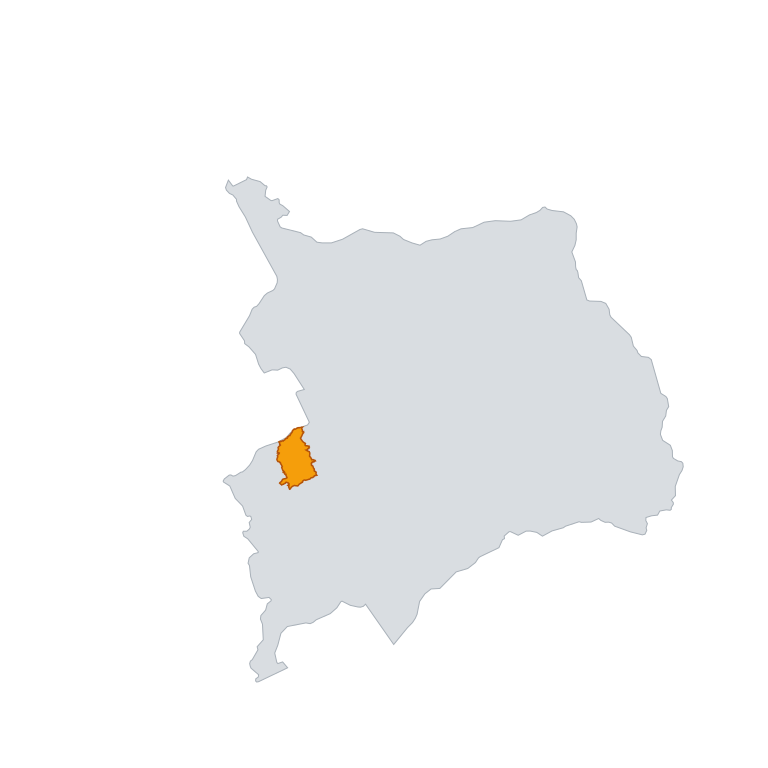 Kapanga, Katanga, Democratic Republic of the Congo shown in context, rotated 63°
{"feature_id": "63176286B41140464701712", "entity_name": "Kapanga", "entity_type": "district", "adm_level": 2, "iso_a3": "COD", "parent_name": "Democratic Republic of the Congo", "parent_adm1": "Katanga", "projection": "orthographic", "projection_center": [22.662, -8.489], "detail": "fine", "context": "in_parent", "style": "filled", "palette": "amber", "viewbox_px": 768, "rotation_deg": 63, "n_neighbors": 0, "source": "geoboundaries", "source_scale": "gbopen_adm2", "svg_char_len": 9040}
<svg xmlns="http://www.w3.org/2000/svg" viewBox="0 0 768 768"><g transform="rotate(63 384 384)"><path d="M620.5,493.6L571.8,500.4L572.7,503.3L572.2,506.2L570.9,508.4L565.9,514.5L558.4,520.0L558.4,521.3L562.0,527.6L564.2,536.2L563.3,551.3L564.2,555.4L564.0,558.6L561.4,562.1L556.2,580.2L559.3,589.0L568.6,597.3L574.1,603.5L583.4,605.9L584.9,605.5L585.6,600.5L593.1,598.7L592.3,631.0L591.7,632.8L590.3,633.2L588.5,632.1L588.0,629.0L586.1,627.7L576.9,631.5L574.6,631.3L572.1,630.6L570.3,628.9L569.8,626.5L563.6,617.0L560.5,616.3L557.1,607.7L542.8,601.3L537.3,600.8L534.4,598.8L531.7,592.1L526.9,587.8L525.9,583.0L525.0,582.3L522.0,583.3L519.4,590.8L516.1,592.5L510.1,592.6L495.3,590.3L484.7,586.3L482.0,586.5L477.7,583.0L476.1,577.2L477.1,572.7L476.3,572.1L460.0,575.7L456.1,578.0L452.4,577.4L451.3,576.2L452.9,573.1L452.1,569.8L450.9,568.2L446.2,567.0L444.6,563.4L441.7,562.8L440.7,563.4L440.0,565.8L438.2,566.6L428.5,565.4L418.4,568.5L404.9,567.7L398.5,571.5L397.5,571.4L396.1,569.4L394.9,563.3L395.5,561.7L397.5,560.4L398.2,558.0L397.6,551.6L398.1,550.1L397.4,546.4L395.3,540.6L392.5,535.9L386.4,528.7L385.2,525.4L385.6,517.4L387.6,504.7L387.3,495.3L384.8,489.2L384.2,482.6L385.8,470.7L384.2,467.9L353.2,467.0L351.9,466.2L351.3,464.5L352.7,457.5L333.8,459.4L328.1,460.8L324.6,463.7L323.5,467.3L323.4,472.4L320.6,477.3L319.8,485.7L314.6,486.6L309.4,486.7L299.3,485.0L289.5,487.5L284.8,489.8L282.2,488.7L273.5,489.7L272.3,489.1L262.1,472.8L257.5,467.5L256.6,464.8L257.0,462.3L255.7,458.9L250.9,450.5L250.0,446.6L250.2,440.5L249.6,438.4L245.3,433.2L242.5,431.5L239.4,430.6L189.0,432.3L172.3,431.7L160.2,432.7L154.1,432.4L152.4,431.6L146.9,432.9L144.0,435.2L139.7,436.4L137.0,436.0L131.7,430.1L138.8,428.9L139.3,428.2L139.5,413.7L137.6,411.6L141.4,409.1L147.4,402.5L153.3,400.0L154.1,398.7L155.4,398.7L157.6,401.4L162.8,404.8L169.1,401.5L169.8,400.6L170.6,394.4L172.2,393.8L174.9,395.1L176.5,395.1L179.2,393.2L187.4,389.9L189.8,393.8L187.7,397.5L188.7,400.0L188.9,404.0L190.3,404.9L196.8,405.2L198.6,404.2L211.3,389.6L214.7,387.9L220.1,382.1L227.2,379.4L230.3,374.9L234.4,366.8L236.2,355.2L235.4,335.3L236.0,332.6L244.6,323.5L253.6,307.1L259.6,302.7L264.1,301.0L271.1,294.9L276.7,288.9L276.0,281.7L277.3,275.8L280.3,268.2L281.3,260.1L280.3,251.7L280.7,244.9L284.9,233.9L285.3,221.3L289.0,210.7L296.5,197.3L300.0,187.3L299.4,177.6L300.4,170.4L300.1,166.2L298.7,162.5L299.4,160.2L302.2,159.2L305.7,155.5L312.1,145.9L318.9,141.2L323.6,139.7L328.5,139.8L331.7,140.6L336.9,144.3L342.8,147.3L347.2,151.0L351.6,156.7L362.2,158.0L366.7,160.1L369.4,160.8L370.5,160.3L372.6,160.6L377.6,162.3L381.6,161.3L401.2,165.1L403.4,163.2L408.9,153.2L412.9,149.8L419.6,149.5L424.8,151.4L427.6,151.4L451.6,142.9L454.7,142.5L463.4,144.6L469.1,143.3L471.4,143.7L476.3,142.2L480.3,136.3L483.6,134.8L518.0,141.6L523.2,138.5L525.7,138.2L533.4,140.6L535.7,144.3L540.4,147.5L543.7,152.8L548.8,155.8L551.4,158.6L554.4,160.6L560.7,161.3L568.6,156.7L574.2,157.3L579.8,160.0L581.7,159.9L585.9,157.2L588.2,154.3L590.3,153.7L593.6,155.0L596.4,157.8L598.8,161.9L607.5,171.0L615.8,175.0L617.9,180.6L620.9,180.1L622.4,180.7L624.6,184.2L626.1,184.9L626.4,186.4L624.3,189.6L622.4,195.9L625.0,199.8L622.9,205.4L621.9,211.2L624.5,212.7L628.0,212.7L631.2,215.8L633.7,216.3L636.3,219.6L635.7,222.3L627.6,231.6L615.4,243.0L611.2,244.3L609.1,246.5L607.6,249.8L604.0,252.7L601.3,253.8L601.0,262.2L596.9,270.9L595.3,272.7L593.1,286.9L593.5,289.4L591.2,301.0L591.5,311.9L585.6,315.2L581.4,320.5L579.6,324.2L579.7,333.1L572.9,338.4L572.4,339.6L574.0,345.9L576.5,346.9L576.5,349.1L582.0,355.9L581.5,376.6L581.8,378.7L584.6,383.6L586.4,393.1L584.2,405.0L591.5,427.1L588.0,435.1L589.5,442.8L593.9,451.0L604.2,459.1L606.9,462.4L609.5,466.9L611.8,473.8L620.5,493.6Z" fill="#d9dde1" stroke="#a8b0b8" stroke-width="1"/><path d="M434.7,485.3L433.6,485.4L433.1,485.3L432.1,484.8L432.0,484.7L431.9,484.5L431.7,484.5L431.3,484.7L430.8,484.8L430.4,485.3L430.2,485.5L429.9,485.5L429.6,485.6L429.4,485.4L429.2,485.3L429.1,485.2L428.6,485.1L428.4,484.8L428.2,484.7L427.1,484.9L427.0,485.0L426.8,485.0L426.5,484.9L426.4,484.9L425.0,484.7L424.6,484.7L424.2,485.1L423.9,485.4L423.5,485.5L423.2,485.4L422.7,485.1L422.5,484.9L422.4,484.9L422.1,485.0L421.9,484.9L421.7,484.8L421.7,484.6L421.8,484.5L421.2,484.1L421.1,483.8L421.2,483.7L421.0,482.8L421.2,482.7L421.1,482.4L421.4,482.2L421.5,482.0L421.3,481.9L421.4,481.7L421.4,481.2L421.2,481.1L421.1,480.8L421.1,480.7L421.3,480.4L421.4,480.0L421.0,480.0L420.9,480.1L420.6,480.2L419.7,481.2L419.2,481.5L418.9,482.2L418.8,482.5L418.7,482.8L418.3,482.8L417.7,482.6L417.0,482.7L416.5,482.7L416.1,482.6L415.5,482.8L414.9,483.2L414.3,483.0L413.6,482.5L412.1,481.6L411.6,481.4L411.2,481.4L410.8,481.4L410.6,481.4L410.3,481.3L409.7,481.8L409.1,482.4L408.2,483.0L407.5,483.4L407.6,483.0L407.7,482.6L407.9,482.4L407.9,482.2L407.6,481.8L407.4,481.6L407.2,481.6L407.1,481.3L407.1,481.1L407.1,480.9L407.1,480.7L407.0,480.4L407.3,480.2L407.1,479.9L406.9,479.8L406.7,479.6L406.3,479.3L406.2,479.3L406.2,479.1L405.9,479.1L406.0,479.2L406.1,479.3L405.9,479.4L405.7,479.6L405.4,479.7L405.1,479.7L404.8,479.8L404.7,479.9L404.5,480.1L404.4,480.3L403.9,480.9L403.8,481.4L403.2,482.0L402.9,482.1L402.5,482.0L401.9,481.6L401.5,481.4L401.3,481.0L401.2,481.0L400.9,481.3L400.5,481.5L399.3,482.2L398.8,482.4L397.7,482.7L396.7,482.8L395.5,483.0L395.0,483.0L394.4,483.0L394.4,482.7L394.1,482.5L393.8,482.2L393.7,481.9L393.5,481.6L392.5,480.3L392.3,480.1L392.1,479.9L391.8,479.4L391.6,479.3L391.4,479.1L391.2,478.8L391.1,478.1L390.9,477.7L390.7,477.5L390.3,477.5L390.1,477.4L390.1,477.6L389.9,477.9L389.9,478.0L389.2,478.3L389.1,478.2L388.7,477.9L388.1,477.7L387.5,477.6L386.7,477.6L386.2,477.3L385.8,477.2L385.7,477.1L385.5,476.5L385.4,476.9L385.1,477.0L385.1,477.5L384.9,478.0L384.7,478.6L384.6,479.0L384.4,479.3L384.4,479.6L384.3,479.8L384.2,479.9L383.9,480.3L383.9,480.7L384.0,480.8L384.0,481.0L383.8,481.2L383.8,481.3L383.8,481.5L383.8,482.1L384.0,483.0L384.0,483.4L383.9,483.7L383.9,483.8L383.3,484.3L383.3,484.6L383.7,485.2L383.7,485.3L383.7,485.8L383.7,486.0L383.8,486.1L384.0,486.4L384.2,486.5L384.2,487.0L384.3,487.1L384.5,487.1L384.8,487.3L385.0,487.5L385.4,488.0L385.5,488.3L385.6,488.6L385.7,488.8L385.9,489.1L386.0,489.4L386.1,489.7L386.2,490.0L386.3,490.1L386.5,490.2L386.6,490.5L387.1,490.9L387.2,491.0L386.9,491.3L386.9,491.5L387.0,491.9L387.1,492.5L387.3,492.9L387.4,493.1L387.3,493.9L387.4,494.0L387.5,494.2L388.1,494.4L388.3,494.6L388.4,494.9L388.3,495.1L388.3,495.3L388.0,495.6L388.1,496.0L388.1,496.3L388.1,496.8L388.4,497.2L388.6,497.6L388.8,498.1L388.8,498.4L388.7,498.9L388.8,499.4L389.0,499.6L388.9,499.7L388.7,500.0L388.5,500.3L388.5,500.5L388.6,501.3L388.3,501.5L388.2,501.6L388.3,501.9L388.2,502.0L388.4,502.2L388.4,502.4L388.3,502.5L388.0,502.9L387.8,503.2L387.8,503.3L387.9,504.0L388.5,503.9L389.0,503.9L389.5,504.0L390.0,504.0L390.3,504.2L390.5,504.4L390.8,504.4L391.0,504.3L391.2,504.0L391.4,504.0L391.5,504.2L391.9,505.8L392.4,507.1L393.4,507.5L393.7,507.5L394.0,507.5L394.4,507.9L395.1,508.9L395.6,509.6L396.7,510.0L397.1,510.2L397.2,510.3L397.3,510.1L397.3,509.7L397.3,509.1L397.8,508.7L398.0,508.6L398.3,508.9L398.5,509.3L398.6,509.8L398.8,510.3L399.1,511.0L399.4,511.6L399.7,511.6L400.3,511.6L400.9,512.0L401.1,512.3L402.1,513.3L402.6,513.7L403.0,513.8L404.6,513.8L405.0,513.7L405.3,513.4L405.3,513.1L405.4,512.9L405.5,512.7L406.3,512.5L406.6,512.4L406.7,512.1L407.2,512.0L407.7,512.3L408.0,512.4L408.3,512.4L408.7,512.1L408.9,512.1L411.5,512.2L411.7,512.8L412.0,513.1L412.4,513.1L415.2,513.4L415.5,513.3L415.7,513.0L415.9,513.1L416.2,513.2L416.9,514.0L417.2,513.9L417.0,513.0L417.1,512.6L417.6,512.6L418.3,512.9L418.5,513.1L419.0,513.3L419.3,513.2L419.5,513.2L420.0,512.4L420.1,512.5L420.6,512.8L421.0,512.8L423.4,512.9L423.5,513.0L423.6,513.4L423.5,515.0L423.2,515.8L422.9,517.3L423.2,518.1L423.6,518.6L424.3,519.7L424.6,521.5L424.9,522.0L425.4,521.8L425.8,521.7L426.5,521.4L427.1,521.1L427.4,521.1L427.5,520.2L427.5,519.6L427.7,519.1L427.5,518.3L427.6,517.1L427.6,516.9L427.3,516.6L427.1,516.4L427.1,516.2L427.1,515.8L427.3,515.5L427.4,515.3L427.6,515.2L428.1,515.0L428.2,514.8L428.4,514.6L428.4,514.4L429.9,513.9L430.2,514.1L430.2,514.3L430.6,515.6L431.2,514.9L431.6,514.8L431.9,515.3L432.3,515.7L432.6,515.7L433.4,515.7L433.9,515.8L434.4,515.9L434.9,515.9L435.0,515.5L434.8,514.9L434.6,514.6L434.1,513.8L434.0,513.5L433.7,512.5L433.6,511.7L433.7,510.7L433.7,510.0L433.9,509.7L434.3,509.2L435.4,507.5L435.7,507.1L434.8,505.0L434.7,504.2L434.7,503.0L434.6,502.8L434.4,502.5L434.3,502.2L434.4,501.8L434.4,501.7L434.6,501.5L434.6,501.4L434.4,501.0L433.8,500.7L433.6,500.5L433.6,500.3L433.5,499.9L433.3,499.1L433.4,498.7L433.5,498.4L433.6,498.1L433.8,498.0L434.1,497.8L434.1,497.7L434.3,497.2L434.5,496.0L434.7,495.2L434.7,494.9L434.7,494.6L435.0,493.6L435.0,493.2L435.0,492.9L434.7,492.3L434.5,491.6L434.5,491.3L434.8,490.7L435.0,489.8L434.8,489.3L434.7,488.9L434.8,488.6L434.7,488.4L434.5,488.2L434.3,487.8L434.1,487.6L434.3,487.0L434.7,486.3L434.7,486.2L434.6,485.9L434.5,485.7L434.7,485.3Z" fill="#f59e0b" stroke="#b45309" stroke-width="1.5"/></g></svg>